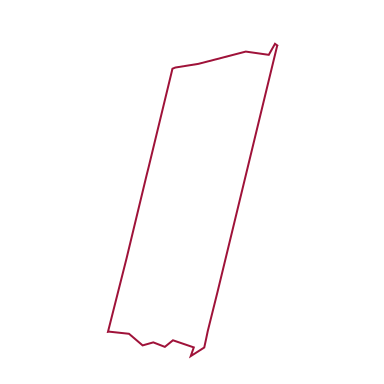 Lincoln, North Carolina, United States of America (orthographic projection), rotated 101°
{"feature_id": "52423323B90543802473201", "entity_name": "Lincoln", "entity_type": "district", "adm_level": 2, "iso_a3": "USA", "parent_name": "United States of America", "parent_adm1": "North Carolina", "projection": "orthographic", "projection_center": [-81.221, 35.484], "detail": "fine", "context": "isolated", "style": "outline", "palette": "rose", "viewbox_px": 384, "rotation_deg": 101, "n_neighbors": 0, "source": "geoboundaries", "source_scale": "gbopen_adm2", "svg_char_len": 490}
<svg xmlns="http://www.w3.org/2000/svg" viewBox="0 0 384 384"><g transform="rotate(101 192 192)"><path d="M31.9,136.2L31.2,137.8L30.7,138.8L42.7,142.8L43.9,166.0L65.0,210.2L73.0,232.1L74.7,234.7L75.5,234.8L77.0,234.8L175.5,239.3L184.9,239.8L270.0,243.6L345.3,247.8L344.9,246.7L343.2,226.8L352.0,211.2L347.0,201.3L349.2,189.1L341.2,182.4L344.2,160.6L353.3,161.9L342.3,150.3L332.8,150.1L325.6,150.0L285.5,147.9L32.2,136.3L31.9,136.2Z" fill="none" stroke="#9f1239" stroke-width="2"/></g></svg>